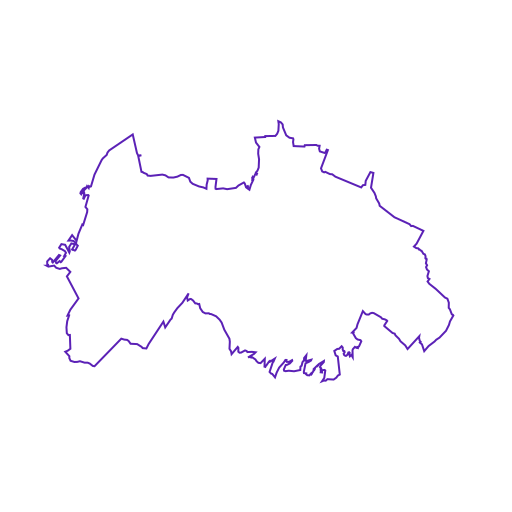 Cungrea, Olt, Romania (Robinson projection), rotated 100°
{"feature_id": "2599482B31461522187781", "entity_name": "Cungrea", "entity_type": "district", "adm_level": 2, "iso_a3": "ROU", "parent_name": "Romania", "parent_adm1": "Olt", "projection": "robinson", "projection_center": [24.401, 44.69], "detail": "fine", "context": "isolated", "style": "outline", "palette": "violet", "viewbox_px": 512, "rotation_deg": 100, "n_neighbors": 0, "source": "geoboundaries", "source_scale": "gbopen_adm2", "svg_char_len": 6115}
<svg xmlns="http://www.w3.org/2000/svg" viewBox="0 0 512 512"><g transform="rotate(100 256 256)"><path d="M383.4,427.2L387.1,422.4L389.0,422.1L391.4,420.4L391.9,416.4L391.3,413.6L390.2,411.1L390.8,406.3L390.3,403.2L390.8,401.0L392.6,397.7L392.6,395.9L360.8,374.3L361.2,371.2L361.0,368.4L361.8,366.7L364.2,364.3L363.4,357.7L365.3,353.0L366.4,351.6L366.1,347.9L361.2,346.4L336.7,335.8L342.1,333.0L333.4,329.1L332.3,328.2L328.3,327.7L325.7,326.7L321.0,324.4L314.9,320.4L304.5,315.9L308.7,316.7L311.7,315.5L309.7,313.4L309.7,312.3L310.8,310.2L313.2,307.6L313.0,306.1L313.5,304.7L313.1,303.6L317.1,301.9L320.4,298.7L321.3,295.8L320.6,292.5L321.1,291.6L321.0,290.0L322.3,284.8L325.0,280.8L327.5,278.3L334.1,274.4L342.1,267.8L344.9,266.9L352.0,266.0L354.2,264.0L356.9,263.0L348.7,258.2L349.5,257.4L353.3,256.8L354.1,255.4L353.7,253.9L350.9,250.4L351.2,248.7L352.1,247.8L351.1,243.4L350.9,239.7L352.8,241.0L357.3,246.3L356.6,245.2L356.8,242.7L356.4,242.1L358.0,238.6L359.5,237.2L360.8,235.1L360.7,232.9L355.7,229.5L363.5,228.4L363.6,227.6L362.6,227.5L362.2,226.9L357.6,224.8L357.0,224.2L357.6,223.8L353.8,219.7L357.2,220.5L357.6,221.0L367.8,222.5L369.2,220.7L369.3,219.5L372.2,216.2L367.2,215.4L361.9,213.8L356.0,210.1L353.3,209.0L353.1,208.5L353.1,207.9L354.3,207.9L354.9,207.3L354.5,205.1L352.3,202.4L352.9,202.1L355.9,204.0L357.9,206.7L358.2,207.8L362.9,208.9L364.1,208.4L364.3,206.9L363.3,203.8L362.9,198.5L360.6,192.6L357.2,193.0L356.1,192.0L352.5,191.8L350.3,190.6L348.1,190.9L345.0,189.2L350.6,188.9L350.7,188.1L348.5,183.5L349.4,183.7L351.2,185.7L353.1,188.6L362.0,188.8L363.0,188.4L362.9,186.1L363.8,186.1L364.5,184.8L364.3,182.7L362.6,181.7L363.1,181.0L362.2,180.5L361.8,181.1L360.0,179.6L357.9,179.5L358.1,178.8L357.1,178.5L356.8,179.2L353.5,176.8L353.8,176.5L353.2,176.0L352.9,176.3L351.5,175.3L347.6,170.9L348.7,170.8L352.8,173.4L354.3,173.7L354.8,172.9L355.4,172.8L355.1,172.6L355.4,172.2L359.3,172.1L359.2,170.7L357.0,171.2L356.3,168.7L356.7,167.9L364.2,167.6L367.9,169.2L366.9,167.6L366.7,165.7L364.9,164.3L364.2,158.1L361.9,155.8L359.5,154.6L358.2,152.9L340.8,158.0L340.0,160.3L335.9,162.4L333.4,159.8L333.0,158.1L330.0,156.0L331.1,154.7L333.0,154.4L334.4,153.5L334.2,152.7L334.5,152.3L335.4,152.0L337.0,152.7L338.1,152.1L338.8,150.7L338.6,149.8L337.3,148.8L335.0,148.3L334.6,147.6L335.1,146.9L337.0,146.9L338.5,146.1L336.9,144.9L338.9,143.2L332.0,144.6L330.9,144.4L328.3,142.8L329.0,141.2L329.0,139.8L327.9,140.2L327.7,139.3L326.9,138.8L321.7,137.5L320.7,138.5L320.6,141.4L319.6,143.4L315.5,146.8L313.5,146.4L314.8,147.2L314.8,148.1L309.4,144.5L305.7,144.2L291.7,141.2L294.2,138.0L294.4,136.8L294.1,134.8L292.6,133.4L291.8,131.8L291.8,130.1L294.6,122.4L295.9,120.8L296.0,118.2L296.6,116.2L297.2,115.5L302.0,117.6L302.7,117.5L308.1,108.2L308.4,105.9L309.9,104.9L312.7,100.8L314.9,98.9L318.1,93.5L321.3,90.6L306.7,81.3L308.1,81.3L309.8,80.6L311.1,80.0L311.9,79.0L312.8,79.6L314.2,77.2L320.5,73.8L314.7,70.4L309.2,65.3L307.2,64.0L304.5,61.1L296.7,55.9L290.4,54.0L286.7,53.6L280.3,51.3L279.7,51.9L279.5,53.0L274.8,55.8L273.6,57.2L268.5,58.0L264.8,60.1L264.1,62.7L257.3,73.1L253.3,80.5L251.3,82.6L248.5,81.2L247.9,82.9L246.0,83.7L241.0,83.1L239.6,85.3L237.4,86.6L235.4,85.9L233.7,87.4L229.8,87.3L229.1,87.6L229.2,88.4L228.8,88.8L226.7,89.0L225.1,90.0L224.8,91.5L222.1,93.9L222.1,94.6L221.1,96.2L221.3,96.6L220.3,97.6L220.4,99.5L219.3,102.1L216.0,100.0L202.2,95.5L199.1,106.7L199.6,108.4L198.0,110.3L193.8,126.4L185.1,142.9L182.9,143.8L178.3,147.7L176.5,148.3L173.3,150.3L168.8,154.6L153.8,154.8L153.5,157.9L163.0,161.0L167.0,160.7L167.7,163.0L170.2,164.3L164.1,191.6L162.3,195.1L162.5,197.4L161.1,202.4L161.8,203.4L161.2,205.5L158.4,207.2L139.2,203.6L139.0,204.8L142.2,205.8L142.6,206.3L141.9,211.3L139.4,212.5L136.4,212.5L136.7,214.5L136.2,215.9L138.4,227.2L139.8,227.3L141.2,238.0L137.4,239.3L134.7,239.4L133.7,239.9L133.7,243.6L131.9,247.2L124.7,251.8L121.8,252.6L120.1,254.7L119.4,257.4L122.2,256.5L128.8,255.7L132.0,256.4L134.4,257.8L136.3,267.7L137.2,267.6L139.6,277.7L144.3,275.7L148.0,271.6L150.6,272.2L154.9,271.6L160.2,269.8L168.5,268.7L171.8,269.4L173.8,270.6L174.7,270.7L174.8,270.2L174.4,270.2L174.7,269.3L175.6,269.5L174.8,270.7L179.6,272.1L178.7,273.0L179.6,273.3L179.9,272.5L179.6,272.2L180.8,272.1L180.8,272.9L181.8,272.9L181.8,272.0L186.9,273.4L191.9,274.0L190.9,276.1L189.4,275.8L188.6,276.3L189.1,277.0L189.9,276.5L189.7,276.2L190.8,276.3L190.1,277.7L186.5,279.7L185.7,280.7L189.6,285.5L192.4,287.6L195.2,296.0L195.1,300.1L197.0,306.8L196.8,307.5L195.0,307.9L187.0,308.3L188.2,317.1L189.9,316.7L194.3,317.0L198.4,316.5L197.6,319.8L197.4,324.2L195.9,330.9L194.2,333.6L190.7,335.6L188.8,342.0L189.2,344.0L191.5,347.2L193.1,351.0L193.8,355.8L192.3,359.2L192.1,362.4L195.4,373.7L195.6,376.7L194.3,377.8L193.5,381.5L193.0,382.1L193.0,383.4L178.1,389.3L176.7,386.4L177.5,389.5L175.3,391.1L157.7,398.5L177.5,418.9L179.9,420.2L182.4,420.6L186.5,423.8L188.4,424.7L203.9,429.2L216.1,430.6L216.6,431.5L216.2,432.6L218.1,432.6L216.5,434.5L218.2,434.9L218.3,436.0L219.9,438.0L223.4,439.7L224.8,439.8L225.5,438.9L220.6,437.8L219.8,437.0L220.1,436.6L220.0,436.0L221.0,436.7L222.9,436.9L223.9,436.9L223.6,436.2L223.9,436.0L229.3,436.1L229.5,435.5L225.8,434.5L225.1,431.8L225.5,431.3L237.3,432.5L239.3,430.2L242.1,429.9L255.5,431.6L255.1,432.5L264.8,434.7L272.2,435.3L267.4,440.7L273.4,443.4L272.9,440.9L272.9,438.5L274.4,435.6L275.8,434.8L276.8,433.3L281.1,434.6L282.1,435.3L281.5,437.7L282.3,438.5L275.9,436.2L275.7,440.0L279.6,441.6L283.6,440.2L285.1,440.4L278.1,445.9L278.1,449.7L282.0,451.3L282.7,450.6L283.1,448.4L284.4,445.0L285.9,443.7L289.3,444.9L289.3,443.7L295.5,446.7L296.0,447.2L295.1,448.5L297.8,450.9L297.6,451.6L296.5,452.2L295.7,452.5L289.5,449.0L289.2,450.2L297.7,455.0L297.2,455.7L295.3,456.0L294.0,458.4L297.6,460.7L300.6,460.1L300.8,459.2L301.2,459.1L301.7,459.4L301.9,460.4L302.5,458.6L300.5,453.1L302.3,450.7L302.8,447.0L301.8,445.0L300.6,440.9L303.9,436.1L308.9,438.7L328.6,423.4L341.1,429.5L347.4,431.3L347.1,430.4L346.0,429.6L352.9,430.6L359.1,430.3L364.9,428.9L366.5,427.0L366.1,425.6L379.6,422.7L382.0,425.0L383.4,427.2Z" fill="none" stroke="#5b21b6" stroke-width="2"/></g></svg>